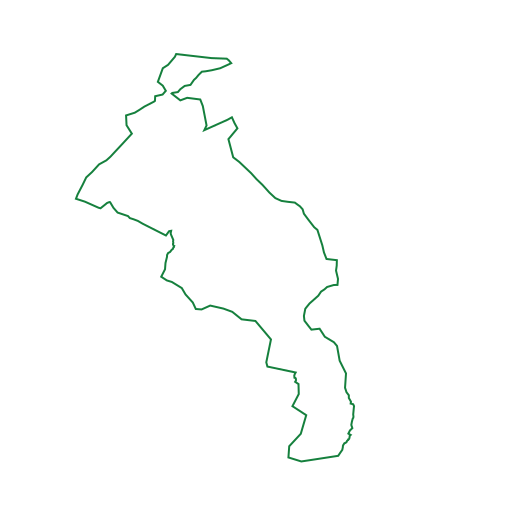 the district of Shelleng, Adamawa, Nigeria, rotated 138°
{"feature_id": "59680162B98903295811344", "entity_name": "Shelleng", "entity_type": "district", "adm_level": 2, "iso_a3": "NGA", "parent_name": "Nigeria", "parent_adm1": "Adamawa", "projection": "albers", "projection_center": [12.115, 9.939], "detail": "fine", "context": "isolated", "style": "outline", "palette": "green", "viewbox_px": 512, "rotation_deg": 138, "n_neighbors": 0, "source": "geoboundaries", "source_scale": "gbopen_adm2", "svg_char_len": 2852}
<svg xmlns="http://www.w3.org/2000/svg" viewBox="0 0 512 512"><g transform="rotate(138 256 256)"><path d="M245.4,442.7L250.2,443.6L258.5,447.4L264.7,439.8L266.4,430.0L282.8,428.5L291.0,427.8L297.8,427.2L303.2,427.2L311.3,429.1L321.7,428.1L329.6,428.0L337.2,424.9L347.4,421.1L350.5,419.5L351.5,419.0L346.8,410.9L340.7,397.2L339.6,395.5L332.7,395.1L331.5,395.1L329.9,394.6L329.2,394.3L328.5,393.9L328.5,393.2L329.7,387.2L329.8,380.9L324.4,371.3L324.4,368.6L322.4,365.2L320.3,361.1L318.9,356.7L318.3,355.0L309.2,331.5L304.0,332.6L302.2,331.5L304.2,330.0L304.8,328.9L306.7,323.3L307.9,322.3L308.5,321.3L309.0,320.8L309.4,320.7L309.7,320.4L310.0,320.0L310.1,319.9L310.3,318.6L310.1,318.2L310.8,317.9L311.0,317.6L311.6,317.7L312.9,316.9L314.6,317.0L317.1,316.5L319.4,317.0L321.5,316.2L322.6,315.0L327.9,311.4L332.5,307.0L340.3,304.0L338.6,297.5L335.9,293.0L332.6,281.8L332.7,281.4L334.1,274.6L334.1,263.7L336.2,256.9L332.2,252.7L323.2,249.8L315.4,238.7L311.0,230.4L309.1,218.6L299.9,208.1L300.7,184.0L319.5,170.1L321.5,166.2L304.5,142.9L306.2,142.3L307.5,141.6L308.9,139.8L308.3,138.9L308.6,137.9L309.7,136.7L311.1,136.3L310.1,132.4L316.6,124.8L329.4,120.0L325.2,104.1L341.7,93.9L358.6,92.4L361.2,89.9L366.7,84.6L359.8,73.0L350.1,66.6L328.6,52.5L325.1,53.4L321.6,54.2L319.4,55.8L318.5,56.7L317.5,57.2L316.9,57.3L316.1,57.6L315.6,57.7L315.3,57.5L315.0,57.5L314.9,57.5L314.5,57.2L314.1,57.2L313.7,57.2L313.4,57.1L313.1,57.2L312.0,57.7L311.1,57.7L310.8,57.6L310.3,58.0L309.8,57.7L308.9,57.9L307.9,58.6L306.6,59.7L305.4,59.7L306.2,62.2L302.9,63.5L299.6,63.6L298.2,66.7L295.6,68.7L293.0,70.4L291.9,70.7L291.0,71.5L289.8,73.2L284.9,77.7L283.6,78.8L283.0,80.8L284.4,83.0L282.9,84.2L282.0,88.4L280.2,90.4L279.9,94.2L278.0,98.5L267.7,108.5L263.9,122.2L256.0,134.9L255.8,139.8L258.9,149.9L257.4,159.4L264.1,164.2L263.8,169.1L263.3,175.5L260.5,179.4L254.7,183.8L252.4,184.2L247.9,184.9L236.3,184.8L231.5,186.0L227.5,185.4L227.1,185.4L223.9,185.4L217.6,182.4L214.8,180.0L210.4,184.1L206.3,191.6L202.5,194.8L198.7,198.8L205.6,206.6L203.1,213.2L199.6,219.5L192.9,234.3L193.5,238.4L192.8,247.9L192.1,255.4L190.1,259.5L190.1,263.6L190.7,266.2L191.4,269.7L196.2,275.1L200.2,279.9L202.9,286.1L203.6,294.2L203.6,303.3L203.6,304.4L204.2,312.6L204.2,319.2L204.2,320.8L204.6,325.8L204.9,329.6L205.5,337.1L206.9,344.6L198.3,361.3L184.4,363.3L183.0,369.3L181.1,375.2L186.0,376.3L210.2,384.1L205.4,386.1L195.2,403.0L192.7,409.6L201.3,419.6L208.1,422.3L210.0,433.2L209.1,433.2L204.4,430.1L200.6,430.6L195.2,430.1L190.2,427.0L184.2,428.4L181.5,428.4L177.4,429.0L172.9,429.2L169.9,427.0L164.5,423.6L157.0,419.5L148.2,416.7L145.4,415.9L145.3,419.6L145.7,422.2L156.7,432.9L180.2,459.5L183.0,458.3L193.4,456.9L199.6,457.9L212.4,451.1L211.3,445.0L212.5,439.1L217.4,438.5L224.0,442.2L227.3,438.9L228.6,439.0L238.9,441.7L245.4,442.7Z" fill="none" stroke="#15803d" stroke-width="2"/></g></svg>